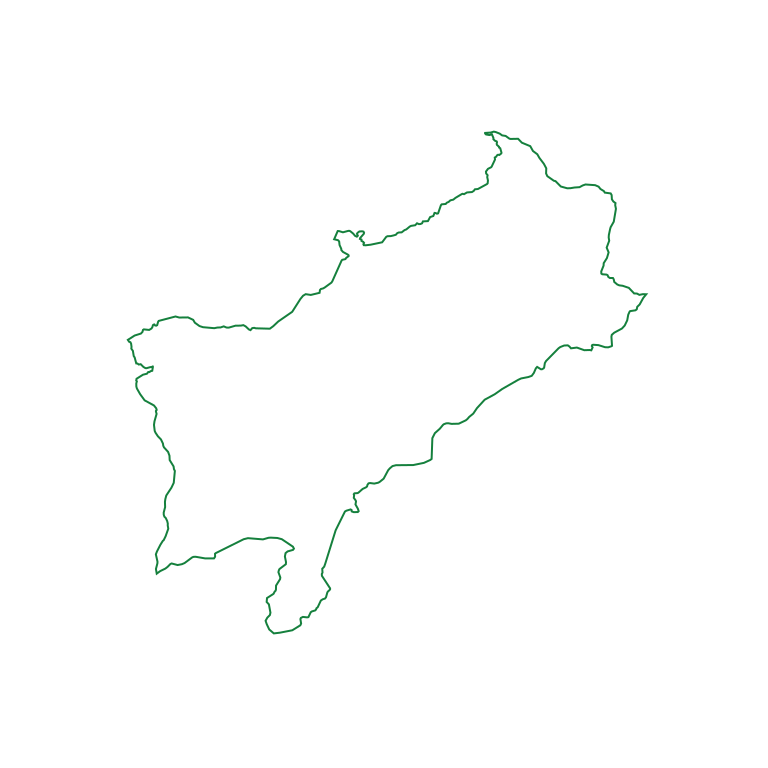 Manatuto, Manatuto, East Timor, rotated 243°
{"feature_id": "22284137B59851217666313", "entity_name": "Manatuto", "entity_type": "district", "adm_level": 2, "iso_a3": "TLS", "parent_name": "East Timor", "parent_adm1": "Manatuto", "projection": "robinson", "projection_center": [126.03, -8.608], "detail": "fine", "context": "isolated", "style": "outline", "palette": "green", "viewbox_px": 768, "rotation_deg": 243, "n_neighbors": 0, "source": "geoboundaries", "source_scale": "gbopen_adm2", "svg_char_len": 6163}
<svg xmlns="http://www.w3.org/2000/svg" viewBox="0 0 768 768"><g transform="rotate(243 384 384)"><path d="M561.8,588.1L561.3,587.8L560.0,588.2L558.0,590.9L557.4,593.5L553.5,593.2L552.4,592.6L550.2,593.4L549.1,594.5L548.2,594.5L546.8,593.4L545.8,593.2L543.1,594.2L542.4,593.9L541.3,594.6L536.8,593.7L536.2,593.2L535.7,590.8L536.5,589.7L536.4,588.4L535.6,587.2L535.5,585.5L533.6,584.8L528.8,578.6L528.5,577.9L528.5,574.3L527.0,571.3L525.2,570.6L523.0,571.1L521.5,569.9L518.1,569.0L515.7,567.4L515.4,566.5L515.1,556.2L516.2,553.4L515.3,551.6L515.1,549.5L517.0,544.9L516.8,541.5L517.8,540.4L517.9,539.5L517.4,532.2L516.8,529.5L517.5,526.5L516.9,524.3L517.0,522.2L516.4,520.7L517.9,516.9L517.4,515.8L511.5,509.7L511.7,508.5L512.9,507.6L513.5,506.7L511.3,504.2L511.8,500.9L509.2,497.1L511.2,492.5L509.9,490.9L510.0,489.1L510.6,487.7L512.2,486.4L511.3,483.9L512.6,479.9L512.6,478.5L511.6,474.0L511.8,472.2L511.1,468.6L512.3,465.9L512.4,464.3L511.6,462.3L512.1,459.7L512.7,457.2L514.1,454.2L514.1,452.8L511.1,446.7L514.2,435.3L515.9,430.7L516.9,429.0L517.9,429.1L518.8,430.3L520.1,430.0L521.7,428.9L522.9,429.5L524.2,428.4L524.9,429.0L527.0,434.2L527.8,434.9L529.1,434.9L530.0,433.8L531.1,431.3L530.7,429.1L530.1,428.1L528.0,428.0L527.6,426.7L529.1,425.5L532.1,424.8L535.5,423.3L536.4,422.4L536.8,421.0L537.8,416.3L540.8,413.2L541.3,412.2L535.6,405.3L533.0,408.3L532.2,408.6L531.2,408.7L528.0,407.5L523.9,407.3L522.7,406.8L520.3,407.4L515.6,410.6L514.7,410.9L514.0,410.5L513.5,407.5L512.8,406.3L513.6,403.2L513.2,402.2L499.0,384.6L498.2,383.2L496.9,375.0L496.8,373.2L497.3,370.9L496.8,369.6L494.5,368.0L496.6,359.2L499.6,355.0L499.4,352.0L497.7,348.1L490.0,335.0L487.7,318.1L485.8,311.6L485.1,307.4L491.8,295.1L493.0,293.8L493.6,292.0L492.6,289.5L493.9,288.4L498.1,286.9L500.3,285.4L501.0,283.0L503.4,278.1L504.7,271.3L505.8,269.3L508.1,267.4L508.6,264.0L509.9,261.3L510.8,258.1L516.8,248.5L519.4,245.9L524.5,243.3L527.8,243.1L532.3,239.6L536.2,231.7L538.8,228.9L542.5,211.9L542.0,211.0L539.4,208.6L539.4,207.5L540.1,206.6L541.3,206.4L541.5,205.6L541.3,204.8L539.8,203.4L539.0,202.0L538.8,199.3L541.7,194.8L541.6,193.8L540.1,192.5L539.3,190.3L540.4,183.8L539.6,175.8L537.3,176.1L536.4,177.0L534.8,177.0L531.7,175.9L530.2,174.9L527.5,175.3L522.5,173.7L520.9,173.9L514.8,172.6L514.2,173.6L512.7,174.3L512.1,176.2L508.4,177.4L506.5,178.6L505.9,179.6L505.1,183.6L504.7,184.2L504.6,185.9L504.2,185.9L501.0,183.5L501.4,181.8L501.1,180.4L501.7,179.4L500.8,177.4L501.7,173.5L501.0,165.9L499.6,164.8L498.6,165.0L496.9,163.5L494.2,162.2L492.2,161.8L485.7,162.1L478.1,163.3L469.3,169.3L465.8,170.0L464.1,169.7L463.6,168.6L463.0,168.3L460.6,167.8L455.0,162.6L452.0,160.5L446.3,158.4L444.4,158.3L440.1,158.8L435.9,160.1L431.3,160.0L429.2,159.3L427.4,159.2L421.5,160.8L417.5,160.3L413.5,158.5L406.1,159.1L403.5,158.2L401.5,158.2L391.4,151.8L388.1,147.5L383.5,139.4L380.7,136.9L378.4,135.3L373.7,133.1L369.4,129.3L367.5,128.4L365.5,128.1L363.7,128.7L360.3,128.6L357.8,128.0L356.2,127.1L353.0,126.1L347.5,120.3L344.8,116.7L344.7,115.8L342.3,111.8L337.8,105.6L335.8,103.4L328.5,101.5L327.1,100.7L322.7,96.8L318.2,95.4L318.9,99.6L318.8,105.4L319.3,108.1L320.6,112.0L320.5,113.3L316.4,117.9L315.2,122.1L315.0,125.0L316.6,134.4L316.5,135.7L315.6,137.7L309.7,145.6L305.8,153.4L306.8,155.1L309.5,156.4L309.7,157.4L309.4,188.5L308.4,192.8L300.5,205.6L299.4,211.3L298.6,213.2L295.2,219.1L292.1,222.5L280.4,229.0L278.2,229.0L277.5,227.6L278.6,222.1L278.0,219.5L275.3,217.4L269.7,215.8L268.0,214.7L266.6,206.9L265.8,205.8L264.3,204.5L258.7,203.8L257.3,202.8L253.4,196.3L249.9,194.4L249.0,193.5L248.7,192.4L247.2,190.3L246.4,182.6L243.1,180.5L239.9,181.4L231.8,179.0L229.9,177.4L228.8,174.0L226.8,171.0L223.3,170.5L217.4,170.3L211.8,172.6L209.7,178.3L206.2,190.5L207.0,199.9L208.2,201.4L212.5,202.8L213.3,203.7L213.3,206.0L211.0,209.5L210.6,210.8L213.9,215.1L214.1,216.4L213.5,220.0L214.0,221.2L214.8,221.9L215.2,223.6L219.7,229.4L220.0,231.6L219.6,234.0L220.3,235.5L223.8,238.7L224.5,239.6L225.1,241.9L225.6,242.8L226.4,243.2L241.2,241.6L242.9,242.3L243.9,243.6L247.4,245.1L248.4,247.8L250.6,250.1L275.6,274.5L288.1,291.3L288.2,293.0L287.4,297.3L286.5,297.9L285.1,297.4L283.6,298.8L281.8,302.5L282.2,303.7L284.8,304.1L289.6,303.9L292.0,305.7L293.0,305.9L296.3,305.4L298.3,306.8L299.5,307.0L300.0,308.0L298.8,310.9L298.8,311.9L300.2,317.3L300.1,321.1L300.4,322.4L301.6,323.4L302.5,325.1L302.1,326.6L299.7,330.1L298.7,333.9L298.7,335.5L299.8,340.7L305.3,348.6L306.2,350.9L307.0,354.3L306.2,357.8L298.5,373.3L295.6,383.8L295.3,390.7L295.6,392.4L313.8,402.5L317.1,407.0L318.8,413.4L320.7,417.8L321.0,418.9L320.7,421.6L319.8,423.5L317.8,426.1L314.7,432.6L314.5,440.4L314.9,442.3L316.0,445.0L317.1,450.1L320.3,455.9L324.3,466.6L324.6,478.0L325.9,487.1L326.8,505.5L326.7,508.7L324.7,515.7L324.2,519.3L325.8,522.5L329.0,526.4L329.7,528.2L325.9,530.5L325.4,531.4L325.5,533.4L326.0,534.2L329.6,536.8L330.9,538.8L336.6,555.8L336.9,557.9L336.5,562.0L335.0,565.3L333.3,566.2L330.9,566.8L328.9,572.4L323.2,577.8L321.0,582.5L319.9,584.0L321.9,586.5L323.5,586.4L324.2,587.3L324.0,588.2L321.3,592.7L316.4,597.7L314.9,600.4L314.4,603.6L314.5,604.5L322.9,608.1L324.4,609.3L325.2,612.4L325.4,621.2L326.8,625.0L330.3,629.6L334.9,633.1L336.9,635.6L337.2,636.4L335.5,641.5L335.8,643.1L337.8,644.7L338.8,647.9L343.0,654.1L344.9,658.4L346.5,655.5L347.5,652.0L349.8,650.4L351.1,648.0L358.5,645.8L363.2,641.2L365.1,638.4L366.8,637.0L370.4,635.5L372.9,636.2L374.5,636.1L375.9,633.4L377.5,632.5L379.5,632.6L380.4,632.0L382.7,628.3L383.7,627.8L385.7,628.7L389.8,633.4L391.9,634.6L395.0,639.8L399.3,643.9L404.4,644.3L409.4,649.7L412.5,650.7L414.7,652.0L419.4,655.8L420.8,657.1L424.3,662.4L434.8,670.2L438.4,671.2L440.1,672.4L442.5,671.2L445.1,670.9L449.0,672.6L450.9,672.5L454.3,667.6L456.0,667.5L459.5,665.4L462.4,664.8L465.3,662.4L470.3,654.1L470.7,651.1L470.6,647.6L472.6,642.9L473.9,638.8L475.3,636.0L479.7,631.2L486.9,628.9L488.0,627.6L495.0,623.9L498.0,624.0L502.5,626.5L507.6,626.4L514.9,625.1L519.1,624.9L524.0,622.5L529.5,622.3L536.4,616.4L541.6,614.8L544.9,608.0L545.7,607.1L549.8,605.0L551.9,602.1L554.5,600.8L557.8,597.9L559.0,596.4L559.6,593.2L561.8,588.1Z" fill="none" stroke="#15803d" stroke-width="2"/></g></svg>